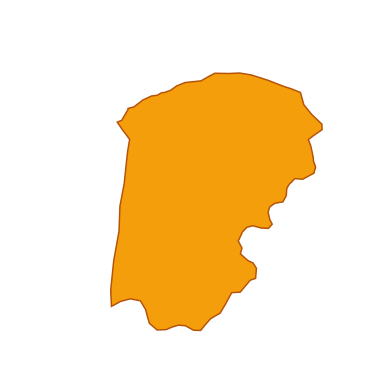 Bjurholm, Västerbotten, Sweden, rotated 298°
{"feature_id": "70781695B45286900623809", "entity_name": "Bjurholm", "entity_type": "district", "adm_level": 2, "iso_a3": "SWE", "parent_name": "Sweden", "parent_adm1": "Västerbotten", "projection": "orthographic", "projection_center": [18.977, 63.981], "detail": "fine", "context": "isolated", "style": "filled", "palette": "amber", "viewbox_px": 384, "rotation_deg": 298, "n_neighbors": 0, "source": "geoboundaries", "source_scale": "gbopen_adm2", "svg_char_len": 1251}
<svg xmlns="http://www.w3.org/2000/svg" viewBox="0 0 384 384"><g transform="rotate(298 192 192)"><path d="M53.2,174.6L62.0,180.4L68.7,187.7L71.7,197.5L66.4,206.3L61.2,211.0L56.0,216.1L53.8,226.0L58.4,233.8L63.6,238.0L68.2,242.7L70.8,249.0L70.7,258.4L73.8,264.6L81.6,266.2L88.9,267.9L98.2,273.7L108.6,274.2L121.7,274.3L126.3,281.6L141.4,284.8L145.6,288.7L154.9,284.7L158.0,279.2L157.7,273.4L160.1,263.8L166.0,262.4L170.4,255.9L180.4,255.3L186.5,257.0L190.7,261.4L192.7,270.0L195.8,276.6L201.3,277.9L204.0,273.8L209.9,268.7L215.4,267.6L220.9,270.4L226.0,276.9L233.2,276.9L239.4,274.1L243.9,274.1L252.1,276.5L255.2,283.7L265.9,290.8L272.1,289.4L276.5,284.6L279.3,282.9L284.4,278.7L288.8,274.9L292.9,270.1L298.8,272.8L308.1,277.6L312.9,274.8L316.6,261.4L321.6,249.7L328.8,242.9L330.8,241.0L329.7,231.1L328.3,223.6L326.4,207.2L323.2,189.4L319.4,178.2L314.2,169.4L307.6,156.5L302.8,153.1L302.3,152.8L294.3,147.7L285.4,134.5L278.5,128.7L271.7,125.3L267.3,121.3L264.9,118.2L261.1,115.9L257.7,111.1L250.2,105.4L240.1,100.9L236.1,96.7L236.1,96.8L222.3,96.3L218.6,93.2L214.4,101.1L211.7,107.0L209.1,112.3L197.9,116.0L187.3,120.2L167.6,128.2L145.7,135.0L123.0,146.0L94.4,155.2L67.2,166.3L53.2,174.6Z" fill="#f59e0b" stroke="#b45309" stroke-width="1.5"/></g></svg>